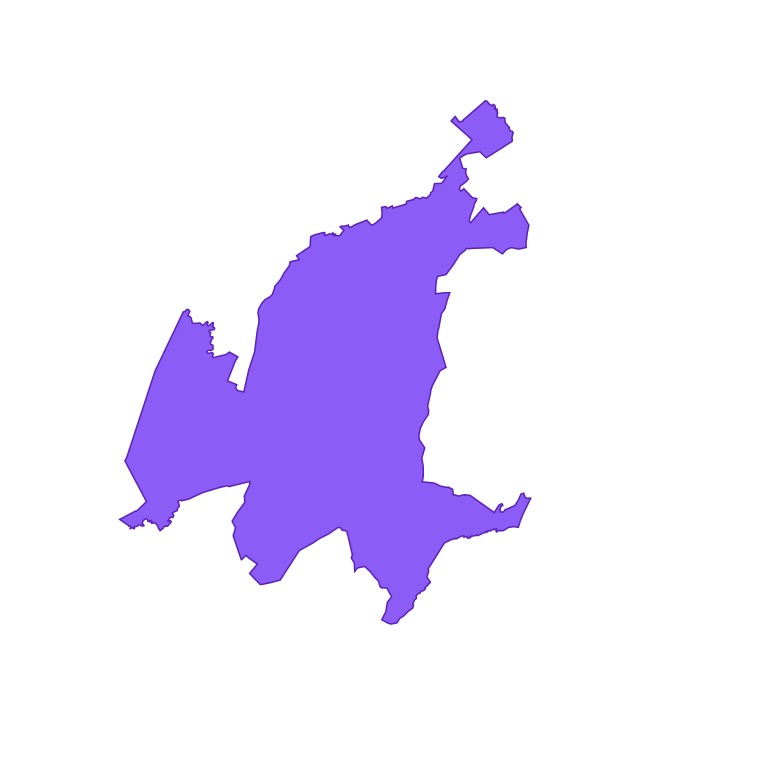 Kaives pag., Vecpiebalgas, Latvia, rotated 133°
{"feature_id": "27541924B86387846906817", "entity_name": "Kaives pag.", "entity_type": "district", "adm_level": 2, "iso_a3": "LVA", "parent_name": "Latvia", "parent_adm1": "Vecpiebalgas", "projection": "natural_earth1", "projection_center": [25.604, 57.037], "detail": "fine", "context": "isolated", "style": "filled", "palette": "violet", "viewbox_px": 768, "rotation_deg": 133, "n_neighbors": 0, "source": "geoboundaries", "source_scale": "gbopen_adm2", "svg_char_len": 6171}
<svg xmlns="http://www.w3.org/2000/svg" viewBox="0 0 768 768"><g transform="rotate(133 384 384)"><path d="M107.6,502.0L107.6,503.0L137.8,506.2L138.1,505.7L141.0,507.6L139.8,514.4L145.9,514.3L145.3,486.3L187.3,485.6L189.5,486.0L195.0,485.4L194.5,482.3L190.5,480.1L188.3,479.7L197.9,478.7L203.0,483.7L209.6,480.0L212.2,480.3L213.8,479.4L219.0,479.6L221.0,483.0L224.0,483.9L225.7,487.9L229.3,488.4L234.7,491.9L237.6,490.7L249.3,497.5L248.1,499.4L253.5,501.5L252.9,503.6L256.4,506.3L260.5,501.7L264.0,499.1L272.9,500.0L276.4,501.5L275.8,508.3L286.8,513.6L291.1,514.9L293.3,516.1L292.0,518.4L295.6,520.6L297.8,523.0L299.1,523.2L298.9,518.2L305.8,517.6L307.4,519.2L307.9,520.5L308.9,521.0L307.6,521.6L307.8,522.3L309.8,522.8L308.3,524.4L310.3,524.9L311.4,526.3L313.2,527.2L314.2,527.2L315.0,528.7L315.6,528.6L315.7,529.0L315.0,529.9L313.8,530.4L314.7,531.4L314.5,531.6L322.2,536.5L326.2,538.1L333.9,531.8L349.8,535.5L351.0,530.9L358.7,536.0L361.9,533.9L371.0,532.8L378.2,530.9L387.1,530.4L389.1,529.1L395.0,526.7L398.0,526.9L403.5,528.6L408.2,528.4L414.7,526.8L417.9,524.7L421.8,519.8L424.5,517.3L431.9,512.7L448.8,500.5L466.1,492.4L485.4,481.1L488.7,486.6L487.9,490.2L484.9,491.2L488.5,500.6L468.6,508.4L463.8,509.3L466.1,518.9L470.2,519.6L481.3,527.0L481.1,528.4L478.7,529.0L478.0,530.6L481.3,533.5L481.6,534.6L480.7,535.5L479.6,535.6L478.9,535.2L477.4,533.1L474.8,532.9L472.3,535.6L473.1,537.6L472.6,538.8L469.8,540.1L466.6,540.7L466.5,541.6L467.6,544.0L466.5,545.1L464.7,545.6L464.9,547.8L463.5,548.0L460.7,545.7L459.4,545.4L458.8,545.8L458.4,547.1L458.9,548.4L455.9,550.2L455.6,550.8L456.4,551.3L460.2,551.7L461.5,552.6L461.4,553.5L459.1,554.6L458.7,555.5L459.5,556.1L464.4,556.5L464.9,557.2L464.9,560.3L469.4,564.3L470.0,565.8L467.0,570.6L467.1,572.6L467.9,573.5L467.0,574.4L463.2,575.6L463.0,578.2L464.4,579.2L466.7,579.0L468.2,580.0L530.6,560.3L613.5,521.9L616.9,521.1L632.0,477.5L645.7,478.2L646.2,479.0L663.3,485.0L661.8,474.6L662.1,474.0L660.9,473.0L661.2,472.2L662.9,471.0L660.4,469.8L660.5,468.3L660.2,468.0L659.7,468.1L659.2,469.1L658.8,469.1L656.5,467.6L653.9,467.0L653.4,466.4L653.1,464.3L651.6,462.9L651.0,463.2L650.9,465.5L648.6,466.9L647.7,467.0L644.4,466.0L644.3,464.9L645.4,463.0L642.7,461.5L643.1,461.1L644.3,461.1L643.1,459.9L644.2,459.4L644.3,458.8L642.2,457.3L641.7,455.5L642.3,452.3L643.4,450.5L643.4,449.2L644.1,448.2L643.8,447.6L640.3,447.2L638.0,447.6L635.5,445.4L630.3,445.5L629.7,445.9L629.5,447.2L631.6,447.9L631.8,448.4L631.5,448.7L627.5,449.6L625.9,447.6L625.2,447.4L623.4,448.3L623.0,448.9L623.1,450.3L622.2,450.9L617.6,448.9L615.7,450.2L612.9,450.3L610.9,453.3L610.6,454.7L609.1,454.4L607.3,453.2L607.4,452.4L601.6,448.4L587.3,442.7L571.7,433.6L565.2,429.2L564.9,427.5L546.7,415.6L549.7,413.5L561.3,409.7L565.3,405.1L577.5,403.7L587.9,401.5L590.5,394.5L597.9,390.8L609.7,368.8L609.7,368.3L603.5,368.1L603.5,364.7L602.1,353.8L614.2,353.1L615.1,338.0L614.0,336.7L606.5,331.4L598.1,326.2L563.6,332.4L549.1,327.7L540.9,325.8L531.2,322.2L520.6,319.9L518.8,318.1L519.5,314.7L519.1,314.7L517.7,312.4L517.3,309.7L518.8,308.6L519.3,307.2L530.5,290.6L533.6,289.2L535.1,283.7L541.0,277.6L536.6,277.9L530.6,273.8L530.6,265.8L531.8,258.4L531.9,253.6L534.8,248.9L534.9,247.6L534.7,246.6L531.8,243.5L531.3,242.2L531.4,241.6L532.4,239.6L534.3,233.4L541.3,232.7L549.1,227.5L558.0,224.8L556.1,217.8L554.8,215.2L549.9,211.6L544.6,212.6L540.6,211.5L534.0,211.2L528.7,210.2L525.7,211.4L525.3,212.7L523.7,213.5L521.4,214.3L518.9,214.1L517.7,215.0L517.1,216.1L514.0,216.0L512.4,215.0L509.9,215.6L508.5,214.2L505.7,214.0L504.7,215.1L501.1,214.7L500.3,215.4L499.2,214.7L497.3,214.9L496.0,220.6L495.5,221.2L490.3,223.7L489.5,225.5L459.0,231.4L452.0,228.7L448.2,226.4L448.3,225.7L442.4,223.6L440.7,222.1L440.6,221.4L441.4,221.1L439.9,220.0L439.7,219.2L439.0,219.0L439.1,217.8L439.6,217.5L438.4,216.9L438.0,216.2L437.4,216.1L437.2,216.7L436.2,216.8L435.4,216.0L435.6,215.9L433.7,214.9L433.2,214.0L431.5,213.4L430.7,211.7L428.9,211.4L427.8,210.5L425.9,210.4L423.6,208.5L422.1,208.9L421.9,208.2L421.4,208.3L420.9,207.8L421.4,207.4L419.1,207.0L418.8,205.8L417.2,205.6L415.4,204.6L415.4,204.1L414.4,203.9L414.4,203.1L413.5,202.8L414.4,202.1L414.4,201.7L415.3,201.6L415.5,200.8L412.6,200.0L412.1,198.8L409.8,196.7L403.8,195.0L399.9,191.9L397.2,188.0L391.8,190.7L384.1,193.7L367.5,198.8L370.9,202.7L368.6,207.4L371.0,208.7L377.7,206.5L383.6,205.4L393.7,209.7L396.1,209.3L398.2,211.6L396.7,213.6L396.3,213.5L394.8,214.8L391.6,214.4L391.2,216.3L394.2,217.3L402.8,215.7L406.7,245.0L410.0,249.5L410.4,249.4L410.7,250.1L415.2,253.1L416.5,256.3L417.9,257.7L414.2,261.9L415.6,266.7L416.5,267.3L420.1,272.8L421.7,278.3L423.0,280.9L429.5,289.3L424.6,292.4L419.9,296.8L417.0,299.8L412.3,305.9L403.0,310.6L400.7,320.0L398.2,323.1L391.7,327.2L384.9,329.4L375.8,330.9L372.8,333.4L370.4,337.0L358.3,344.2L357.1,345.3L351.9,347.6L336.0,352.0L329.5,350.0L314.1,376.6L306.9,381.8L306.5,381.6L293.5,389.9L287.5,390.8L279.8,394.9L272.4,398.1L276.1,402.0L282.8,407.9L276.5,413.4L271.7,416.8L268.6,418.1L261.7,413.3L249.0,414.7L237.5,416.9L230.8,415.8L228.8,416.3L227.2,414.1L225.1,412.5L210.1,397.5L208.0,386.1L202.5,386.2L198.1,384.4L196.8,383.0L193.5,377.5L187.2,373.1L183.9,376.4L175.1,382.7L169.1,386.3L164.0,402.6L163.2,404.4L161.5,404.0L161.2,410.1L161.8,408.2L162.6,409.5L175.3,412.1L177.4,413.1L177.0,414.0L188.4,422.5L187.2,431.4L206.9,430.6L206.9,432.2L206.1,433.2L201.4,435.8L193.2,439.1L191.4,440.6L186.9,441.6L185.1,442.6L187.5,446.3L186.7,458.8L190.5,459.3L190.2,461.6L187.3,463.3L180.5,462.0L176.5,462.0L175.8,463.6L175.8,465.5L174.7,466.4L173.8,468.5L170.7,470.6L172.6,473.6L167.0,482.8L159.7,480.7L148.7,472.3L148.9,463.5L119.2,455.8L117.7,456.8L116.6,458.5L112.3,460.8L111.6,462.3L112.8,464.0L111.9,466.3L110.7,467.5L111.0,469.4L110.5,470.3L110.4,473.1L109.3,474.3L109.0,475.6L107.3,476.6L107.4,478.3L108.8,479.2L110.7,481.5L111.4,483.2L110.8,484.4L108.5,485.5L108.7,485.8L107.8,486.4L107.7,487.0L106.9,487.3L107.2,488.3L106.3,488.6L106.9,489.2L106.3,489.4L107.0,490.0L106.4,490.6L106.9,491.2L105.5,491.5L104.7,493.0L104.9,494.7L106.9,494.7L106.7,495.4L107.4,496.6L107.2,497.3L107.6,498.1L106.8,501.3L107.6,502.0Z" fill="#8b5cf6" stroke="#5b21b6" stroke-width="1.5"/></g></svg>